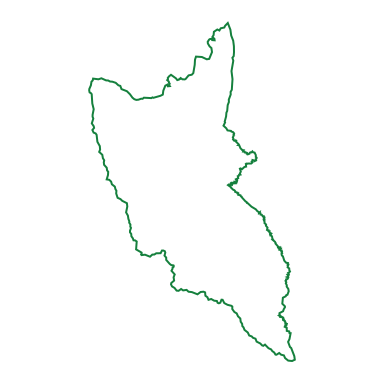 outline of Mueang Phayao, Phayao, Thailand
{"feature_id": "78962969B45148719558135", "entity_name": "Mueang Phayao", "entity_type": "district", "adm_level": 2, "iso_a3": "THA", "parent_name": "Thailand", "parent_adm1": "Phayao", "projection": "albers", "projection_center": [99.913, 19.151], "detail": "fine", "context": "isolated", "style": "outline", "palette": "green", "viewbox_px": 384, "rotation_deg": 0, "n_neighbors": 0, "source": "geoboundaries", "source_scale": "gbopen_adm2", "svg_char_len": 6003}
<svg xmlns="http://www.w3.org/2000/svg" viewBox="0 0 384 384"><path d="M255.8,157.0L255.8,155.1L254.6,152.6L253.1,152.3L252.4,151.4L251.5,152.4L250.4,152.3L249.8,152.8L249.5,153.7L247.7,154.4L247.3,154.3L247.2,153.2L246.5,153.2L246.5,152.7L245.4,152.3L244.7,152.4L244.4,151.5L243.3,151.5L243.5,151.1L242.8,150.6L243.2,150.2L242.4,150.1L240.5,148.3L239.2,145.2L238.5,145.1L238.9,144.8L238.6,144.2L236.1,141.8L236.3,140.7L235.6,140.3L234.3,140.8L233.1,139.5L233.5,139.0L232.8,137.3L233.5,136.2L233.5,135.0L234.0,134.8L233.7,134.0L234.1,133.4L233.2,132.2L231.3,131.5L231.0,130.9L227.5,130.4L226.3,128.3L223.5,125.7L225.1,122.4L224.7,121.7L226.1,116.4L226.4,112.7L227.2,110.9L227.7,105.1L228.9,102.0L228.8,99.6L230.7,94.5L230.6,91.9L231.8,89.8L232.5,79.2L231.5,71.1L233.3,60.7L232.4,57.8L233.7,56.1L234.0,52.2L233.9,46.2L233.2,40.7L231.2,35.5L230.4,29.7L227.8,23.0L225.1,25.8L224.3,27.5L220.7,28.3L219.4,30.5L217.3,29.5L213.9,31.8L213.6,35.1L212.4,37.0L214.4,38.8L214.6,40.3L212.2,40.1L212.0,38.9L210.1,39.0L209.1,39.6L207.7,41.8L207.9,43.5L209.6,46.4L211.4,48.0L212.0,52.1L209.2,58.9L206.8,59.3L201.9,57.0L196.0,56.6L195.0,59.7L194.7,64.9L193.3,73.1L191.8,74.7L188.6,75.4L185.6,79.0L184.8,79.4L182.4,79.3L180.7,78.1L180.2,78.9L179.5,78.8L179.0,79.6L177.3,80.1L175.9,78.3L171.0,74.8L169.1,76.3L167.8,77.9L168.0,79.2L167.2,80.1L168.8,81.5L169.0,82.9L169.7,83.6L169.2,85.2L169.8,86.1L167.9,86.3L167.4,84.6L165.3,85.7L163.3,90.7L162.8,94.6L160.4,95.8L153.4,97.8L152.4,97.4L151.4,98.1L143.9,97.7L142.6,98.8L141.2,98.7L138.4,99.7L136.3,99.9L134.3,99.2L132.4,97.6L130.0,94.3L126.9,91.2L121.5,89.1L120.3,85.9L118.4,85.3L115.7,82.8L112.4,81.7L110.0,81.5L108.2,80.5L106.1,80.4L101.4,78.3L98.4,79.3L93.1,78.6L92.7,80.5L91.5,81.6L90.9,85.3L89.3,89.0L89.2,90.5L89.6,92.4L91.1,93.3L91.7,94.2L92.3,103.5L93.7,109.2L92.6,114.8L92.6,116.8L93.3,118.6L91.8,123.4L93.7,126.2L94.1,127.9L92.4,130.0L93.6,132.6L95.6,133.4L96.6,134.8L97.4,141.8L99.8,146.1L100.1,149.6L99.2,151.9L102.3,154.8L102.9,158.2L104.2,160.3L103.8,162.4L104.1,164.8L106.7,167.7L107.1,170.4L108.2,171.8L108.0,175.0L106.7,179.4L109.2,179.8L111.1,181.6L111.9,184.3L114.8,186.6L115.5,189.3L116.4,190.7L116.2,193.5L117.6,197.8L120.5,199.1L122.2,200.8L126.9,203.2L127.3,206.5L126.1,212.4L127.9,215.6L128.4,218.9L129.3,221.3L129.2,222.7L130.4,224.5L130.3,226.7L131.0,227.9L130.0,230.7L130.0,232.3L131.2,233.9L131.4,236.3L132.9,238.4L133.5,240.3L135.1,240.4L136.7,241.5L136.1,249.4L141.6,252.6L141.7,253.2L141.1,254.5L141.6,255.1L145.0,254.7L150.0,256.7L152.3,254.6L154.4,254.5L156.2,253.3L160.6,253.2L162.0,250.5L163.3,250.5L164.8,251.2L165.3,252.6L164.5,255.6L166.2,257.6L166.2,259.9L169.8,264.0L171.3,265.1L173.5,265.4L173.8,266.0L173.5,267.0L172.6,267.5L172.5,268.8L171.5,270.8L174.7,274.4L173.6,277.3L174.1,280.6L171.3,283.0L171.0,284.3L172.0,286.4L174.5,287.9L176.6,290.6L178.6,290.8L181.1,289.0L183.1,290.4L186.6,289.9L188.5,291.7L191.9,292.1L197.5,294.3L200.6,292.0L203.5,291.7L205.1,292.4L205.4,295.7L207.4,297.2L208.5,299.8L211.2,299.0L214.2,300.7L216.9,301.0L217.6,302.8L218.9,303.3L220.3,302.7L221.5,299.7L222.6,299.8L224.3,303.1L227.5,304.8L231.4,305.8L232.3,306.5L232.3,309.1L234.4,312.0L236.7,313.4L238.0,316.3L240.3,318.5L240.7,321.7L242.1,323.8L242.4,326.2L243.5,327.3L244.5,329.9L247.8,332.5L249.2,335.5L251.7,336.4L253.0,337.8L255.5,338.7L256.6,341.6L260.3,343.5L262.1,345.4L263.3,345.8L265.0,344.6L268.5,348.2L271.1,349.4L272.3,351.1L274.2,352.5L275.5,354.6L276.5,354.7L279.2,353.0L281.1,354.7L283.9,355.4L285.1,358.1L288.2,360.6L292.1,361.0L294.8,359.7L294.3,356.1L291.2,348.0L290.0,347.0L288.1,341.9L289.5,339.0L290.6,333.2L289.5,333.1L289.2,331.4L286.8,330.9L286.7,327.7L284.7,326.8L284.9,326.1L286.4,325.3L286.8,323.9L285.3,323.7L285.6,322.4L284.9,321.8L284.9,321.0L283.1,320.1L283.0,319.6L283.7,319.1L283.0,318.5L283.2,317.6L281.2,316.5L281.2,317.1L280.1,316.9L280.2,316.3L279.1,315.6L280.0,315.2L279.4,314.3L279.5,313.1L283.1,311.2L283.7,309.3L285.0,307.1L284.9,306.3L282.3,303.7L282.9,297.7L285.7,296.3L286.3,295.1L287.4,294.8L288.7,291.3L288.3,288.9L286.7,286.6L286.8,285.2L285.8,283.3L286.3,282.2L285.5,280.9L286.2,280.1L286.1,279.4L287.6,278.9L288.2,277.7L287.1,277.1L288.0,276.8L287.8,276.2L288.4,275.7L287.5,274.6L288.6,274.3L288.3,273.8L288.7,273.1L288.4,272.8L289.3,272.4L290.0,271.4L289.4,270.6L289.2,268.4L287.6,267.3L288.0,265.8L287.7,265.4L288.3,264.8L287.8,264.3L288.1,264.0L287.6,263.5L287.8,263.0L286.1,262.7L284.3,260.7L282.9,256.3L281.9,255.5L281.5,253.9L282.1,253.3L281.7,252.8L282.1,251.8L281.9,251.2L281.5,251.6L280.7,250.2L280.7,249.5L280.2,249.6L280.7,248.8L279.8,248.8L280.1,248.0L279.3,248.2L279.4,247.7L278.7,248.1L278.5,247.1L277.9,247.2L277.8,246.2L275.5,243.6L275.7,243.1L274.9,241.7L272.5,239.7L273.0,239.5L272.3,238.4L272.1,236.7L271.3,235.4L270.4,235.5L270.0,234.2L271.1,233.4L269.8,232.7L269.2,231.9L269.5,231.3L268.5,231.1L268.6,230.3L267.0,229.9L267.5,227.6L265.9,225.7L266.1,224.5L264.5,223.1L264.6,221.9L263.8,220.0L264.3,219.9L264.1,219.4L264.4,219.2L263.8,218.2L264.4,218.0L264.5,217.4L264.0,217.2L263.9,216.3L262.7,216.2L261.8,214.8L260.6,214.6L260.4,213.3L259.5,213.3L259.7,212.4L258.9,213.0L258.9,212.1L257.4,211.2L255.8,209.3L251.5,206.7L247.4,202.9L246.9,202.9L246.5,201.9L245.6,201.5L241.8,197.3L241.7,196.7L240.8,196.3L240.5,195.3L238.2,194.8L238.3,193.4L237.5,193.3L237.6,192.7L235.2,191.9L235.2,191.2L234.4,190.2L233.3,189.8L231.2,187.9L231.2,187.4L228.0,185.1L228.6,184.6L230.0,185.6L230.6,184.3L231.4,184.1L231.4,184.9L232.0,185.0L232.3,184.1L230.8,183.2L231.3,182.7L232.9,182.8L233.4,183.4L235.3,183.3L234.6,182.3L234.1,182.6L234.3,181.7L236.6,182.4L237.2,180.5L236.9,179.2L236.0,179.7L235.8,179.3L238.2,178.2L237.8,176.2L238.6,176.0L239.0,174.9L240.4,174.6L239.8,173.6L240.8,171.6L239.9,168.7L240.6,168.4L242.0,169.2L244.4,167.0L246.1,166.6L245.9,165.2L246.3,164.6L245.9,163.9L246.3,163.6L251.3,163.5L252.4,162.5L251.7,161.5L252.4,160.9L252.5,160.0L253.9,160.4L254.4,161.2L256.1,160.4L255.7,159.2L256.5,158.5L256.6,157.6L255.8,157.0Z" fill="none" stroke="#15803d" stroke-width="2"/></svg>